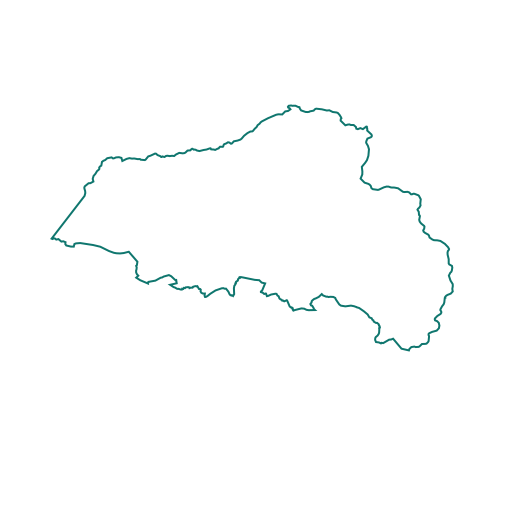 outline of Kirehe, Eastern, Rwanda, rotated 245°
{"feature_id": "39286606B14634167117771", "entity_name": "Kirehe", "entity_type": "district", "adm_level": 2, "iso_a3": "RWA", "parent_name": "Rwanda", "parent_adm1": "Eastern", "projection": "natural_earth1", "projection_center": [30.661, -2.196], "detail": "fine", "context": "isolated", "style": "outline", "palette": "teal", "viewbox_px": 512, "rotation_deg": 245, "n_neighbors": 0, "source": "geoboundaries", "source_scale": "gbopen_adm2", "svg_char_len": 6151}
<svg xmlns="http://www.w3.org/2000/svg" viewBox="0 0 512 512"><g transform="rotate(245 256 256)"><path d="M240.2,195.0L241.1,198.7L241.9,204.8L241.2,211.3L240.6,212.9L239.7,213.6L239.1,215.0L235.4,215.9L232.4,215.9L231.2,216.3L231.0,216.9L230.5,217.1L230.5,217.7L229.4,218.3L230.7,220.1L236.0,222.3L238.2,223.8L238.9,225.2L239.5,225.5L239.6,226.0L240.1,225.9L240.7,227.0L241.1,227.1L241.4,229.2L242.5,229.8L243.1,231.2L243.8,232.1L243.4,233.1L243.1,233.0L243.2,233.4L242.3,234.8L234.9,244.8L232.7,248.7L229.5,249.9L227.3,252.7L222.3,247.2L221.7,245.4L221.2,245.2L219.9,246.6L218.1,247.4L217.9,249.0L217.7,249.2L215.0,248.9L214.7,250.2L214.7,253.4L213.6,257.7L213.0,258.6L211.2,258.7L209.9,259.5L207.6,259.3L206.3,259.9L205.6,260.7L204.4,260.9L204.2,261.7L203.0,262.4L202.9,265.2L201.8,265.4L196.0,265.2L194.5,266.0L194.4,266.6L193.6,267.0L193.5,266.6L192.2,267.0L191.8,266.6L190.7,266.8L190.6,268.3L189.3,275.0L187.9,277.4L185.9,279.0L184.6,280.9L182.1,286.6L183.4,286.1L184.7,286.2L187.2,285.9L188.0,285.0L189.5,285.0L190.4,286.7L191.5,287.4L192.0,288.5L192.5,290.7L192.3,292.0L192.4,295.6L193.7,299.5L191.9,300.1L189.4,302.5L189.1,303.4L188.2,304.3L187.6,306.2L186.2,308.8L184.5,310.1L182.9,310.0L176.9,311.0L175.1,312.0L172.6,315.7L170.9,321.1L169.0,323.7L167.3,325.4L166.9,326.2L167.0,326.3L166.6,326.0L165.3,327.5L160.3,330.4L155.8,332.5L152.5,332.8L150.7,334.5L149.1,334.5L148.0,335.2L146.8,335.0L144.6,336.5L144.2,337.5L142.1,338.4L140.9,338.0L140.2,338.4L138.7,338.0L138.6,337.1L137.5,336.8L134.7,335.3L133.7,334.5L132.5,332.6L131.9,330.3L131.2,329.4L129.6,328.5L127.3,328.4L125.7,330.9L124.0,332.3L124.3,333.0L123.3,334.5L123.9,341.3L123.2,343.3L123.1,345.3L110.5,348.7L105.8,354.7L106.9,355.7L107.8,358.3L107.0,361.2L106.0,362.2L104.9,365.0L105.0,366.1L106.1,369.2L104.8,372.3L104.5,373.5L105.4,375.8L106.0,376.5L109.7,378.7L110.4,379.0L111.6,379.0L112.6,379.7L112.8,380.6L112.8,383.5L112.0,388.2L113.2,391.2L115.4,392.8L118.2,393.4L120.4,392.6L122.0,391.1L123.2,391.3L123.8,391.8L125.0,395.0L125.5,398.8L126.3,400.0L127.4,400.4L129.1,400.2L129.8,400.7L131.8,403.4L132.9,405.6L134.3,407.0L138.1,409.3L138.1,409.9L138.7,409.9L139.0,410.2L139.6,411.6L139.8,413.1L139.6,416.6L140.7,419.3L143.2,420.0L145.5,421.6L147.4,422.4L151.6,421.9L156.7,422.5L158.7,425.0L159.1,426.3L160.0,427.3L162.5,429.0L164.2,429.4L166.7,427.6L167.8,427.5L171.7,429.3L176.1,430.2L178.1,431.0L179.4,432.0L179.8,433.0L180.7,433.9L182.8,433.8L187.2,432.3L191.7,429.5L193.6,426.9L195.1,424.0L196.4,422.8L199.4,421.1L201.5,421.4L202.6,421.1L205.5,419.0L207.2,418.2L208.6,418.4L209.6,419.9L211.4,421.1L212.2,421.1L215.7,419.4L218.0,418.9L219.8,419.2L222.7,421.3L223.5,421.5L224.3,421.1L227.3,422.2L229.7,421.9L230.3,422.7L230.9,424.6L232.3,426.5L234.0,427.0L237.8,429.3L241.7,429.1L242.4,428.8L245.4,425.9L245.9,425.0L246.0,423.4L246.4,422.6L248.9,421.7L250.1,420.5L251.3,417.4L252.1,416.3L257.3,413.4L259.5,410.4L261.0,407.4L262.9,405.4L263.7,403.8L264.2,400.9L264.2,395.4L264.4,394.4L267.2,390.1L268.7,389.3L271.1,389.6L272.7,389.1L273.9,388.3L276.6,385.4L281.9,383.5L285.0,386.8L287.6,388.1L292.1,389.6L294.3,394.3L296.0,397.1L299.3,400.2L305.0,403.5L308.5,404.0L311.8,403.7L312.6,403.9L313.6,404.7L315.3,406.6L315.1,410.4L315.4,411.3L316.0,411.8L317.3,412.0L322.7,409.8L324.2,410.6L325.7,410.6L326.0,411.1L326.5,411.0L326.7,410.6L325.8,406.5L327.8,404.6L327.9,401.9L329.0,400.7L330.6,401.1L333.4,399.9L334.8,397.1L335.7,396.4L336.3,394.8L336.7,392.2L342.9,389.9L344.3,390.7L344.7,391.6L345.5,391.7L348.4,391.4L351.1,390.6L352.0,389.7L354.1,386.4L357.1,384.0L357.9,381.7L361.1,377.7L364.1,372.8L364.1,371.4L363.4,369.7L363.5,369.2L364.3,366.0L364.2,365.2L364.6,363.7L365.6,361.8L368.9,358.4L371.3,358.0L372.4,358.3L372.8,358.0L373.2,357.2L375.5,355.3L376.8,352.4L377.6,351.4L378.3,349.1L377.7,348.0L377.0,347.9L375.5,349.0L374.4,349.2L373.9,346.3L374.7,343.6L373.2,339.6L375.0,336.1L375.5,333.9L375.8,325.3L375.5,318.2L375.2,316.7L374.4,315.2L373.9,312.8L372.6,311.0L371.9,308.7L370.6,306.0L370.5,305.4L371.2,303.4L371.0,300.2L370.0,296.0L368.4,292.5L368.1,291.1L368.4,288.1L369.3,284.4L368.2,281.8L368.3,280.8L370.1,279.8L370.9,278.7L370.6,276.4L370.8,274.5L370.4,273.7L369.1,272.5L369.0,272.0L370.2,269.7L369.8,268.4L369.3,267.6L369.5,266.6L369.4,263.8L370.3,262.8L371.6,260.4L372.8,260.3L373.1,259.4L373.4,256.1L374.2,253.4L375.0,249.1L376.6,247.0L377.7,246.3L378.4,245.4L378.8,244.4L380.0,243.8L380.2,243.4L380.1,242.5L379.5,241.2L380.5,238.5L379.6,235.9L379.5,234.7L380.0,233.0L381.9,230.0L381.8,226.3L381.2,224.1L382.3,222.3L383.0,220.0L384.3,218.1L384.7,216.7L384.4,214.9L385.8,213.2L385.6,212.3L385.8,211.9L386.9,211.5L389.1,209.4L390.9,208.7L391.5,207.8L391.5,202.7L391.8,200.4L390.0,196.7L389.9,195.8L392.0,192.2L392.9,191.8L393.8,189.7L395.8,186.9L396.7,184.7L398.2,182.6L398.7,179.8L398.6,175.0L401.8,175.5L403.5,173.5L404.5,170.8L404.6,168.4L404.9,167.6L406.4,166.8L407.5,162.5L406.7,159.9L406.8,158.0L406.4,156.2L403.3,154.0L403.0,152.2L402.3,151.2L401.2,150.9L400.7,150.1L400.1,147.8L398.3,145.1L397.2,142.6L394.9,140.6L392.2,140.1L392.0,136.7L392.7,135.0L391.5,130.3L390.7,129.4L389.7,129.0L387.1,128.6L385.2,127.9L382.9,126.0L358.1,78.1L357.4,78.7L357.4,80.4L356.9,81.1L355.3,81.9L354.8,84.1L351.3,85.7L350.8,87.5L349.0,89.2L347.4,88.2L345.7,88.5L342.7,92.3L341.5,94.8L343.6,96.5L343.5,98.2L342.0,102.2L334.8,113.0L330.2,118.8L322.6,124.9L319.0,128.5L317.5,130.6L315.8,133.8L314.6,137.3L313.6,142.5L300.9,146.1L298.1,144.2L297.7,143.2L296.2,143.1L294.6,142.2L293.3,141.1L291.6,140.4L289.8,140.4L287.9,141.0L287.0,138.3L283.0,140.8L276.8,146.4L277.5,146.6L277.5,147.3L278.0,147.6L276.2,154.4L276.6,160.5L276.2,161.9L276.4,163.6L275.5,169.0L273.5,170.6L268.0,172.8L267.9,173.5L264.8,172.6L266.2,166.0L262.6,168.2L261.7,169.2L259.5,170.7L259.0,171.9L257.5,173.5L256.9,174.6L257.6,175.3L256.9,176.2L257.6,177.2L256.9,178.1L257.3,178.9L256.5,181.3L255.9,182.1L255.0,182.1L254.9,183.6L254.2,184.8L254.2,185.4L254.7,185.9L254.5,187.4L254.1,188.9L253.2,189.6L253.3,190.1L250.2,190.4L249.6,191.5L248.8,191.7L247.4,190.8L245.8,190.9L244.5,191.9L243.6,193.8L241.8,192.6L240.4,192.5L240.1,193.2L240.2,195.0Z" fill="none" stroke="#0f766e" stroke-width="2"/></g></svg>